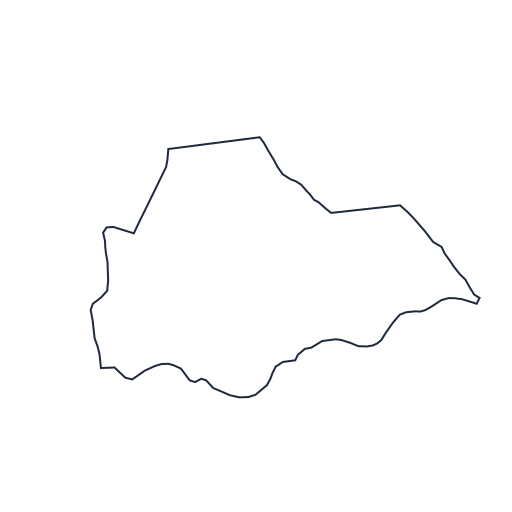 Guaporema, Paraná, Brazil (Mercator projection), rotated 156°
{"feature_id": "56859067B76921560444099", "entity_name": "Guaporema", "entity_type": "district", "adm_level": 2, "iso_a3": "BRA", "parent_name": "Brazil", "parent_adm1": "Paraná", "projection": "mercator", "projection_center": [-52.831, -23.333], "detail": "fine", "context": "isolated", "style": "outline", "palette": "slate", "viewbox_px": 512, "rotation_deg": 156, "n_neighbors": 0, "source": "geoboundaries", "source_scale": "gbopen_adm2", "svg_char_len": 1443}
<svg xmlns="http://www.w3.org/2000/svg" viewBox="0 0 512 512"><g transform="rotate(156 256 256)"><path d="M73.8,122.6L68.8,126.8L72.4,132.0L73.5,140.4L74.3,149.2L77.1,156.2L79.5,165.3L80.8,173.0L82.7,181.9L82.7,188.7L88.5,196.8L91.5,209.5L93.7,216.7L96.4,225.6L99.4,234.0L103.8,243.7L169.8,264.8L173.1,271.1L176.9,279.5L180.2,283.9L181.6,290.1L183.5,295.4L185.6,302.6L189.2,308.0L193.3,312.1L198.4,319.9L200.1,328.8L200.6,336.4L201.8,345.7L202.8,356.4L204.4,363.0L292.6,389.4L297.8,379.9L301.9,373.9L333.0,347.8L348.5,334.9L358.4,326.4L374.6,340.6L380.9,342.9L386.2,339.5L387.8,331.3L390.1,325.4L391.9,319.8L394.1,310.9L397.9,301.5L401.1,293.6L406.1,284.8L413.7,281.4L418.7,280.0L424.4,278.8L429.0,274.0L431.4,263.7L434.2,255.0L436.9,246.5L437.5,237.8L438.8,230.4L441.0,223.5L443.2,216.7L430.6,211.7L424.9,198.0L419.2,193.6L404.2,196.5L392.9,196.6L386.2,195.7L380.0,193.2L376.0,190.0L370.4,183.7L367.1,169.3L362.9,165.6L355.9,166.1L352.1,162.7L348.8,152.8L336.2,139.2L328.6,133.6L320.4,130.3L313.0,129.4L298.5,133.6L293.1,137.7L288.5,142.4L283.0,146.9L274.6,148.3L268.9,146.6L262.6,144.8L257.9,148.7L249.2,151.3L242.6,149.8L230.1,151.4L217.0,147.5L212.3,144.6L205.3,138.4L199.2,132.0L191.4,128.2L185.9,126.8L180.9,126.8L175.8,128.2L168.9,132.9L158.1,139.4L148.5,143.9L141.9,143.6L133.0,140.7L128.5,138.4L123.4,137.7L116.3,138.4L104.6,140.3L97.2,139.2L92.1,136.9L85.3,132.7L73.8,122.6Z" fill="none" stroke="#1e293b" stroke-width="2"/></g></svg>